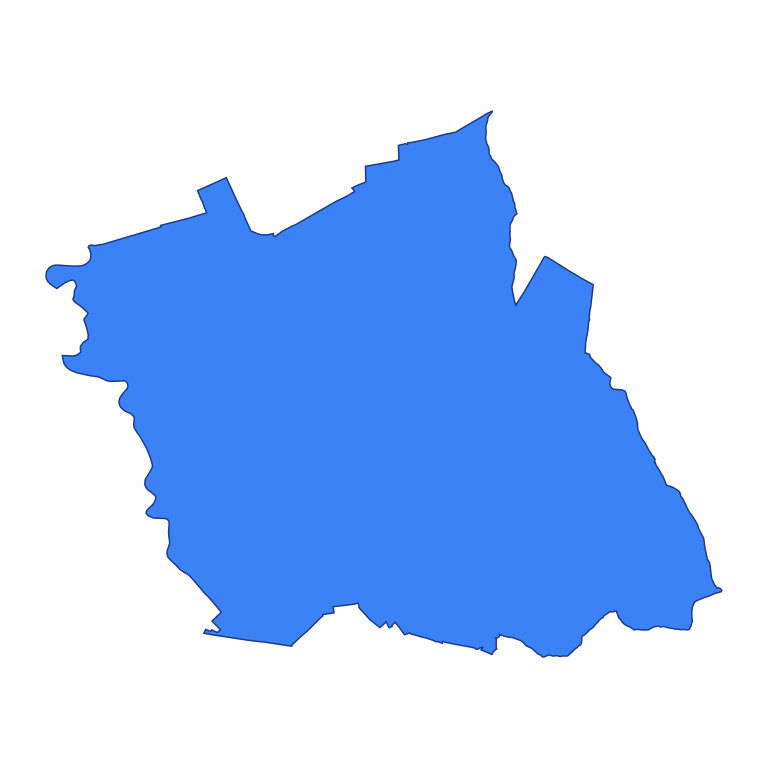 outline of Vorona, Botosani, Romania
{"feature_id": "2599482B82884010632757", "entity_name": "Vorona", "entity_type": "district", "adm_level": 2, "iso_a3": "ROU", "parent_name": "Romania", "parent_adm1": "Botosani", "projection": "mercator", "projection_center": [26.622, 47.579], "detail": "fine", "context": "isolated", "style": "filled", "palette": "blue", "viewbox_px": 768, "rotation_deg": 0, "n_neighbors": 0, "source": "geoboundaries", "source_scale": "gbopen_adm2", "svg_char_len": 6063}
<svg xmlns="http://www.w3.org/2000/svg" viewBox="0 0 768 768"><path d="M291.6,646.2L292.6,644.4L302.1,635.4L306.9,631.4L321.0,617.4L323.0,615.8L322.7,614.9L323.0,614.5L334.1,612.8L333.1,606.7L354.9,604.1L358.0,602.7L359.2,606.6L358.9,607.5L359.8,608.6L370.5,620.2L379.9,627.6L384.8,623.3L386.0,621.6L389.0,627.6L389.5,627.7L392.3,626.3L392.0,625.3L395.2,622.2L401.5,630.4L402.8,632.6L403.1,632.5L404.4,634.7L409.7,633.0L411.4,634.1L418.9,636.0L420.4,636.7L425.4,637.8L432.9,640.2L435.4,641.6L437.7,641.7L442.3,643.2L442.4,641.5L452.8,643.9L470.8,647.1L475.6,648.3L475.6,649.0L477.6,649.2L479.8,648.1L482.6,647.2L482.2,648.6L481.0,649.8L491.9,654.5L492.3,654.0L493.1,651.9L493.7,651.7L494.1,650.9L496.8,648.9L496.4,648.0L496.2,646.3L496.3,639.6L495.8,637.9L497.3,637.9L498.8,636.9L499.7,635.3L499.6,634.5L500.4,635.0L508.3,637.2L512.0,637.4L520.4,640.4L522.7,642.0L526.3,645.8L531.1,648.0L532.7,649.0L538.1,654.1L540.9,655.2L542.4,656.9L544.2,656.9L548.2,655.1L549.0,655.0L553.4,656.1L556.2,655.6L560.0,656.4L561.3,656.4L562.2,656.0L567.5,656.0L572.6,651.5L575.7,648.4L576.9,647.9L578.8,645.7L580.8,644.7L581.6,642.4L581.8,636.7L582.1,636.3L584.7,634.7L587.9,631.8L589.6,629.8L593.0,627.6L596.2,623.7L598.1,621.9L599.3,620.2L601.5,618.3L602.9,617.6L604.0,615.8L609.6,611.9L613.6,611.8L615.1,611.1L616.3,611.1L618.8,617.9L620.7,619.7L622.1,622.1L625.1,624.8L630.9,627.6L634.2,629.9L636.7,629.3L641.9,629.9L648.2,629.9L653.9,626.9L658.2,626.1L659.0,626.2L660.5,627.0L663.5,626.5L669.0,627.9L676.4,629.2L679.1,629.2L679.9,629.7L683.9,629.5L687.8,629.9L689.4,629.2L690.3,627.1L690.9,626.3L691.4,624.0L692.2,621.8L692.3,619.6L691.8,617.1L691.8,612.2L692.3,607.5L693.9,603.4L694.5,602.9L694.6,601.9L697.6,600.3L704.9,597.3L708.8,596.2L714.6,593.6L721.2,591.7L721.9,590.6L720.5,588.7L719.4,588.0L716.8,587.9L716.5,587.0L714.7,585.2L712.0,579.4L711.7,578.4L710.8,571.9L710.2,566.0L709.5,562.6L707.5,559.5L706.6,556.0L704.8,547.0L703.7,538.3L698.6,528.5L698.0,526.0L696.7,523.1L692.1,515.6L690.0,513.1L687.9,509.6L682.9,498.9L680.7,496.1L680.4,493.9L679.3,491.7L677.5,490.2L673.4,487.6L670.0,486.2L668.3,485.9L666.6,484.9L666.0,484.1L665.4,482.8L664.6,480.3L662.7,476.0L661.1,473.7L658.7,469.1L656.1,465.2L655.2,462.7L654.5,462.7L655.0,459.9L654.8,458.7L653.7,456.8L652.3,455.6L648.9,450.3L645.5,443.7L641.7,438.3L639.7,433.7L638.0,429.7L637.6,427.5L637.5,423.2L636.4,418.7L633.0,409.8L631.8,409.1L631.1,407.2L630.0,405.4L627.8,399.8L626.4,395.2L626.0,393.1L625.1,391.2L622.2,389.9L614.8,389.3L613.0,388.9L611.9,388.1L610.3,386.1L610.0,385.0L610.0,381.4L610.8,378.5L610.6,377.3L605.8,374.0L603.3,371.7L602.6,370.9L602.4,369.8L598.5,364.9L595.9,363.1L590.8,357.8L590.1,356.3L589.9,355.1L589.2,354.2L584.9,352.6L585.5,347.3L585.6,342.8L587.9,330.3L588.8,320.8L589.4,320.6L589.6,319.8L589.2,317.5L589.8,310.8L590.6,307.3L593.3,284.8L583.1,279.2L569.4,271.1L547.5,257.3L544.8,256.6L543.6,258.0L539.9,264.9L525.0,290.5L515.9,305.1L514.5,301.0L513.5,296.4L512.3,290.1L511.9,286.5L514.2,277.7L514.0,273.7L515.8,265.8L516.3,261.2L515.8,259.3L513.9,256.2L511.6,250.4L510.0,247.9L509.4,246.1L510.4,239.3L509.9,236.0L509.9,233.2L510.3,231.4L509.9,230.0L510.1,228.8L509.9,226.7L510.2,225.0L510.6,223.5L512.7,219.7L513.3,217.4L514.2,216.0L516.9,213.8L516.9,213.5L514.9,207.2L514.6,203.6L513.4,200.8L511.6,193.2L510.1,190.8L509.3,188.0L507.5,186.4L505.7,185.4L503.7,182.7L502.3,178.5L501.6,174.8L500.0,171.5L498.3,166.3L494.7,161.8L491.4,158.7L490.9,156.6L489.7,154.9L489.1,153.7L489.0,149.8L488.5,146.9L487.1,144.4L486.6,143.1L486.4,141.3L485.6,139.8L486.2,130.4L485.8,128.3L485.9,126.0L487.5,120.9L488.0,117.4L488.4,116.5L492.4,111.7L492.1,111.1L484.9,114.6L483.8,115.6L460.6,129.1L455.9,132.1L444.0,134.6L424.7,139.8L411.8,142.4L407.6,142.9L407.5,144.3L405.4,143.7L398.4,145.4L398.9,160.0L392.9,161.4L365.5,166.3L365.8,182.0L354.5,186.5L353.5,187.3L351.9,188.0L353.1,189.3L354.6,191.7L352.3,192.8L347.0,196.1L336.9,201.0L331.2,204.1L296.3,224.3L291.1,226.6L282.1,231.4L275.1,236.5L273.9,235.9L273.4,235.0L273.4,233.5L267.3,234.9L261.1,234.8L257.5,233.7L250.6,230.8L250.1,229.2L245.9,220.1L243.4,213.8L241.9,211.2L237.7,202.4L226.3,177.7L197.7,190.6L198.2,192.5L199.4,194.6L199.7,196.0L201.3,199.8L202.6,202.1L204.5,208.0L205.8,210.5L206.6,212.8L188.5,218.3L160.6,225.4L161.1,226.7L157.7,228.0L102.2,244.5L99.9,244.6L95.0,245.7L91.6,245.0L89.6,245.4L89.0,245.8L88.2,247.3L89.5,249.4L90.8,253.3L90.9,255.6L90.7,258.0L90.1,259.8L88.8,261.8L85.8,264.1L82.6,265.6L78.0,266.1L72.5,266.1L57.9,265.1L54.3,265.2L50.7,266.7L48.6,268.5L47.3,270.2L46.7,271.5L46.2,273.6L46.1,276.5L46.4,278.6L47.5,281.1L50.2,284.0L56.8,288.5L64.5,283.1L69.2,280.8L72.4,280.0L73.6,280.4L74.6,281.2L75.6,283.0L76.5,286.1L74.4,291.0L74.1,296.1L73.0,298.7L73.0,299.5L73.9,301.0L75.4,302.5L80.8,306.3L87.4,312.3L88.0,313.2L87.3,314.8L84.1,318.9L84.0,319.9L86.6,327.7L88.1,333.9L88.3,335.7L88.0,336.9L88.1,338.7L86.6,340.3L83.6,342.0L80.7,345.9L80.3,347.3L80.7,352.3L77.5,354.6L76.0,355.3L72.6,356.0L62.2,355.5L63.6,362.1L64.3,364.0L65.3,365.6L67.5,368.0L70.4,370.1L76.6,372.7L89.5,375.6L98.7,376.9L106.7,380.6L109.0,381.2L111.6,381.4L124.4,380.8L126.1,381.6L127.5,383.7L127.9,386.0L127.3,388.3L122.6,393.9L120.6,396.7L119.7,398.5L119.0,401.1L119.2,403.9L119.9,405.9L120.7,407.1L123.2,409.7L125.2,411.2L131.3,414.0L133.6,416.3L134.3,418.0L133.8,423.8L133.8,425.6L134.2,427.6L135.7,430.5L140.6,437.5L146.7,448.6L150.4,457.9L152.4,464.9L152.3,467.0L151.9,468.1L150.0,471.7L145.4,479.1L145.1,480.5L144.8,484.1L145.5,486.7L147.6,489.6L155.0,495.3L155.7,496.9L155.6,499.2L154.4,502.2L152.9,504.4L147.8,509.2L146.9,510.4L146.2,512.5L146.4,514.0L148.4,515.9L153.6,518.0L164.9,518.5L167.1,519.3L168.6,520.6L169.2,522.9L168.6,531.5L168.9,536.6L169.6,541.8L169.6,543.7L167.1,551.0L167.1,554.6L168.2,557.5L170.4,560.0L176.2,565.3L179.9,569.5L184.1,572.4L187.2,574.0L189.4,575.6L192.9,579.4L204.0,592.6L209.8,598.4L221.3,612.2L212.0,621.2L220.6,629.8L217.3,632.5L211.6,629.8L210.7,631.4L205.7,629.4L204.8,631.0L203.9,633.3L214.9,635.2L248.4,640.3L265.1,642.2L291.6,646.2Z" fill="#3b82f6" stroke="#1e3a8a" stroke-width="1.5"/></svg>